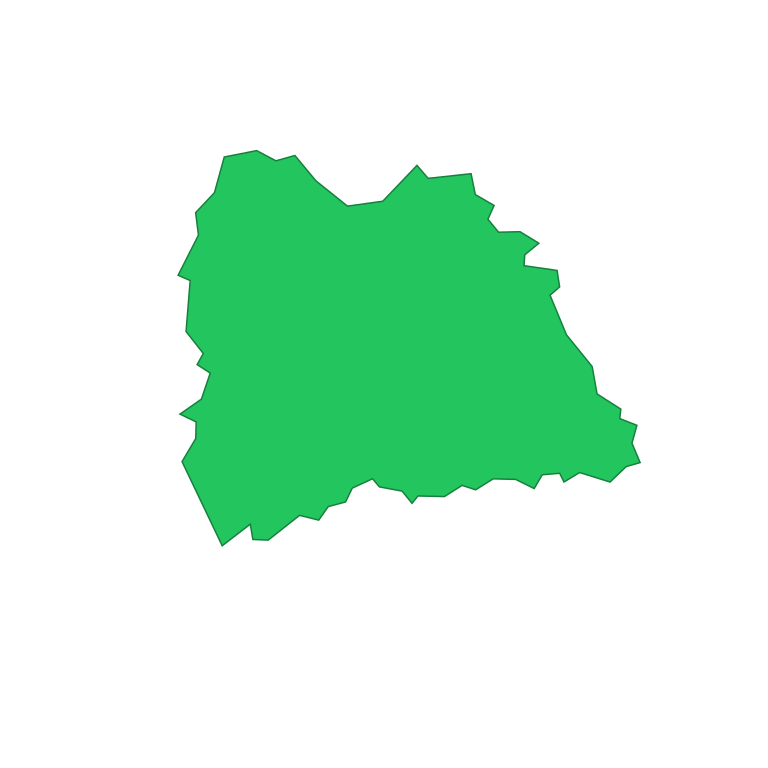 the district of Knox, Kentucky, United States of America, rotated 33°
{"feature_id": "52423323B87116979196195", "entity_name": "Knox", "entity_type": "district", "adm_level": 2, "iso_a3": "USA", "parent_name": "United States of America", "parent_adm1": "Kentucky", "projection": "natural_earth1", "projection_center": [-83.823, 36.871], "detail": "fine", "context": "isolated", "style": "filled", "palette": "green", "viewbox_px": 768, "rotation_deg": 33, "n_neighbors": 0, "source": "geoboundaries", "source_scale": "gbopen_adm2", "svg_char_len": 1010}
<svg xmlns="http://www.w3.org/2000/svg" viewBox="0 0 768 768"><g transform="rotate(33 384 384)"><path d="M336.4,607.8L348.2,574.4L358.7,585.8L371.9,578.0L384.7,540.2L403.4,533.7L404.0,517.2L416.0,503.9L414.1,488.6L426.0,469.7L436.2,472.8L457.5,464.0L472.5,468.8L473.5,459.4L496.0,445.5L504.7,426.5L518.5,422.8L527.2,404.1L546.4,392.3L566.9,389.9L566.2,373.9L580.0,363.2L588.3,368.2L596.3,351.7L627.0,343.1L632.1,321.4L641.6,310.4L624.2,298.6L618.6,280.9L600.6,284.6L596.3,276.1L568.1,276.3L549.1,256.0L510.3,243.4L474.9,219.1L478.4,206.9L467.3,194.5L437.0,208.5L431.7,199.0L437.2,181.6L415.1,182.2L397.4,194.3L381.4,189.2L379.1,174.3L357.4,175.4L342.5,160.2L309.0,187.5L292.6,182.7L283.4,231.4L256.5,254.7L216.3,250.7L184.8,240.9L171.8,255.7L150.1,257.6L126.4,280.6L137.6,315.9L132.7,342.9L147.3,360.2L152.1,405.0L165.1,402.8L189.4,447.8L215.8,456.8L216.7,469.5L232.3,469.5L239.1,496.1L229.3,520.4L247.1,518.1L255.8,532.2L256.9,559.1L336.4,607.8Z" fill="#22c55e" stroke="#15803d" stroke-width="1.5"/></g></svg>